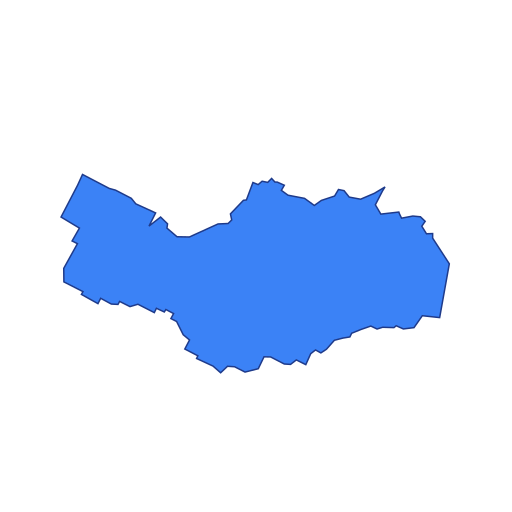 the district of Lake, California, United States of America, rotated 297°
{"feature_id": "52423323B37417643745911", "entity_name": "Lake", "entity_type": "district", "adm_level": 2, "iso_a3": "USA", "parent_name": "United States of America", "parent_adm1": "California", "projection": "equal_earth", "projection_center": [-122.747, 39.124], "detail": "fine", "context": "isolated", "style": "filled", "palette": "blue", "viewbox_px": 512, "rotation_deg": 297, "n_neighbors": 0, "source": "geoboundaries", "source_scale": "gbopen_adm2", "svg_char_len": 1493}
<svg xmlns="http://www.w3.org/2000/svg" viewBox="0 0 512 512"><g transform="rotate(297 256 256)"><path d="M202.2,64.6L200.7,86.0L185.9,85.3L185.9,91.3L157.7,90.3L145.7,96.6L145.7,118.0L142.5,117.9L141.8,136.8L147.8,136.8L147.5,148.9L150.2,155.0L153.6,155.1L153.7,166.7L159.4,172.7L159.4,191.1L164.2,191.0L164.5,199.7L167.4,200.0L167.3,208.7L161.6,208.6L161.6,215.0L152.8,226.9L151.0,234.9L140.8,234.8L140.7,249.5L137.7,249.6L138.4,267.7L135.9,277.5L144.8,280.7L147.6,287.2L147.6,298.9L156.6,309.2L169.8,308.9L172.7,314.9L172.6,330.2L175.1,336.0L181.7,339.1L181.8,349.7L193.8,349.1L199.3,351.7L199.1,357.8L204.9,361.1L216.5,364.1L222.4,370.8L226.5,376.4L230.6,376.3L238.1,382.8L245.7,390.1L245.9,397.0L250.0,401.2L254.8,411.4L257.5,412.6L257.9,420.4L263.9,429.3L278.3,431.3L284.5,447.6L336.8,431.8L352.1,405.3L356.2,403.2L353.2,397.8L357.8,390.2L363.7,391.0L365.6,384.7L362.8,377.6L355.8,368.5L358.6,364.8L360.0,363.3L350.0,348.2L355.8,339.1L371.5,339.2L376.1,339.6L365.6,333.0L354.1,323.4L350.8,312.3L354.2,304.8L352.7,299.3L345.1,298.8L335.2,289.0L327.5,285.0L329.4,273.1L324.7,256.9L326.0,248.8L331.9,249.1L331.5,241.4L330.5,239.3L332.2,234.7L326.9,233.0L325.4,227.5L320.6,225.5L320.1,219.9L301.6,222.0L299.9,219.5L281.9,214.1L277.1,218.0L272.3,216.4L267.3,207.6L242.7,188.0L237.3,176.9L240.4,164.0L244.5,162.6L247.4,153.3L234.1,147.1L248.8,147.0L247.9,125.2L250.8,118.7L250.9,100.9L249.6,94.6L249.9,64.4L238.1,64.9L202.2,64.6Z" fill="#3b82f6" stroke="#1e3a8a" stroke-width="1.5"/></g></svg>